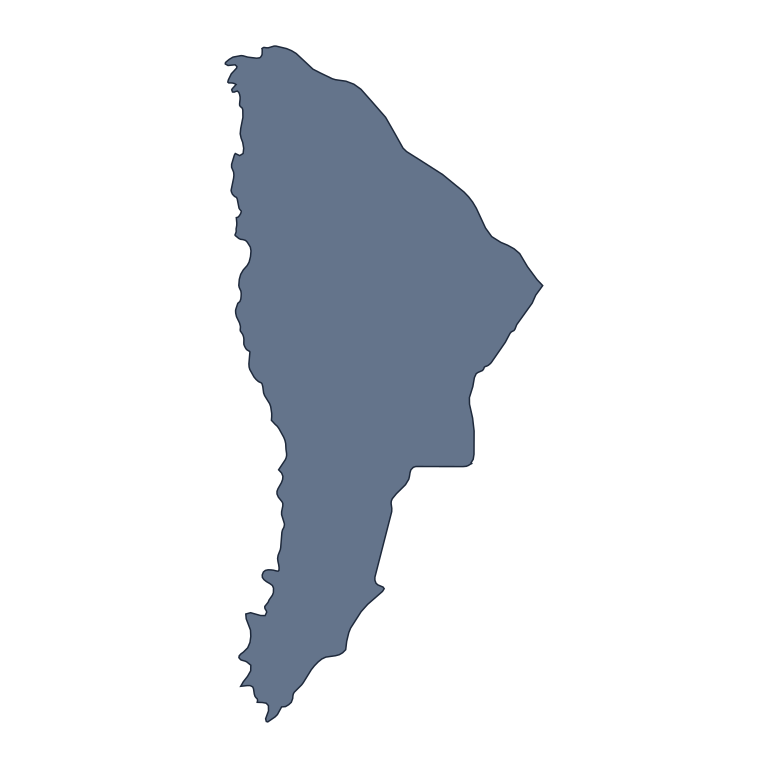 Afar, Albers equal-area conic projection
{"feature_id": "ETH-3111", "entity_name": "Afar", "entity_type": "Administrative State", "adm_level": 1, "iso_a3": "ETH", "parent_name": "Ethiopia", "parent_adm1": "", "projection": "albers", "projection_center": [40.326, 11.654], "detail": "fine", "context": "isolated", "style": "filled", "palette": "slate", "viewbox_px": 768, "rotation_deg": 0, "n_neighbors": 0, "source": "natural_earth", "source_scale": "10m", "svg_char_len": 4467}
<svg xmlns="http://www.w3.org/2000/svg" viewBox="0 0 768 768"><path d="M495.7,356.2L491.2,362.7L489.9,364.0L488.3,365.3L486.7,366.1L485.3,366.5L484.3,367.2L483.7,368.9L482.5,370.5L477.9,372.5L476.2,373.7L474.4,377.6L472.8,386.7L469.4,397.6L469.5,404.2L472.6,418.0L474.1,431.0L474.0,454.2L473.2,459.3L471.1,462.7L471.8,463.5L471.7,463.6L470.5,464.1L468.5,465.4L466.3,466.3L462.9,466.6L415.8,466.5L413.3,467.3L410.9,469.8L410.0,472.8L409.5,476.1L408.8,479.2L405.5,484.7L396.4,493.7L392.3,498.7L391.3,501.1L391.1,503.4L391.8,508.4L391.7,511.7L374.9,577.2L374.9,580.2L376.0,583.2L377.9,584.9L383.1,587.1L384.2,588.7L382.5,591.4L367.6,604.4L361.1,611.7L350.6,628.1L348.8,632.6L346.7,641.3L345.7,649.7L342.6,652.8L339.3,654.7L335.6,655.7L325.8,657.1L321.8,659.0L318.2,661.9L314.4,665.8L311.3,669.7L303.2,682.8L301.6,684.9L294.2,692.3L293.3,694.0L292.9,695.9L292.7,698.5L291.3,702.3L288.7,704.7L285.5,706.6L281.6,706.9L277.4,714.6L275.1,716.9L267.8,721.9L266.3,721.5L265.6,718.8L268.5,710.9L268.4,705.6L266.2,703.2L262.4,702.5L257.2,702.3L257.6,700.1L257.1,698.7L256.0,697.7L255.0,696.3L254.3,694.1L253.5,688.8L252.7,686.9L250.2,685.6L247.0,685.6L240.7,686.3L243.4,681.6L247.5,676.4L250.7,670.8L250.8,665.2L246.6,661.8L245.0,661.1L241.8,660.2L240.6,659.7L238.9,657.7L239.2,655.8L240.9,653.9L243.4,652.1L247.7,647.8L250.0,642.4L250.8,636.4L250.5,630.1L246.2,618.8L245.8,614.0L250.6,612.7L260.5,615.5L265.1,615.6L266.7,612.2L266.3,610.7L265.4,609.4L264.8,608.0L264.8,606.4L268.1,602.3L269.1,599.9L272.4,595.2L273.4,592.6L273.5,588.1L272.4,585.5L270.0,583.7L266.4,581.6L263.9,579.6L262.4,577.5L262.2,575.0L263.4,572.0L265.4,570.4L268.1,569.8L271.1,569.9L273.5,570.2L276.3,570.9L278.0,571.2L278.9,570.4L279.1,568.0L278.7,564.8L278.0,561.7L277.6,558.5L278.1,555.3L280.3,549.7L280.7,547.5L281.9,532.3L282.5,529.9L283.9,527.3L284.4,525.0L284.4,524.1L284.3,523.4L281.6,514.7L281.6,511.8L282.8,505.9L282.8,503.3L282.0,501.7L278.4,497.2L277.0,494.0L277.0,491.3L278.0,488.7L281.4,482.7L282.6,479.5L282.9,476.3L281.6,473.0L278.6,469.8L285.3,459.7L286.1,457.9L286.6,455.8L286.6,453.6L286.0,449.4L285.7,443.7L285.0,440.5L283.8,437.4L279.0,428.7L277.3,426.3L275.1,424.3L271.4,420.3L271.7,416.8L271.7,413.3L270.7,406.7L269.7,403.8L264.6,395.6L263.6,392.9L262.8,386.7L262.1,384.1L261.7,383.3L261.1,382.8L258.5,381.6L256.1,379.5L254.0,377.0L249.8,369.5L249.1,367.0L248.9,363.8L249.9,352.1L249.7,351.5L246.9,349.8L246.0,348.8L245.4,347.8L244.6,346.3L243.9,344.5L243.8,342.9L243.9,339.4L243.7,337.5L243.2,335.7L242.5,334.1L240.3,330.9L240.2,329.4L240.4,327.9L240.4,326.2L239.5,322.9L236.5,316.7L235.7,313.2L235.6,311.5L235.6,310.2L235.9,309.0L237.8,303.3L239.9,301.5L240.8,299.1L241.1,296.3L241.2,293.5L240.9,291.1L239.2,287.4L238.8,285.4L239.3,279.3L240.7,274.3L243.3,269.9L247.2,265.5L249.1,262.1L250.5,256.6L251.0,250.9L250.3,247.0L247.3,242.2L245.5,240.4L243.0,239.6L240.5,239.3L238.7,238.4L235.2,235.5L235.0,234.9L235.8,232.9L236.2,231.6L236.1,228.9L236.7,225.6L236.8,223.2L236.3,217.6L237.8,217.3L239.3,215.8L240.6,213.7L241.3,211.6L241.1,210.9L239.7,209.3L239.0,208.1L237.2,198.9L236.5,197.5L236.1,197.2L235.0,196.7L234.3,196.2L232.5,194.3L232.2,193.7L231.4,191.8L231.1,190.3L233.6,178.1L233.9,175.2L233.6,172.1L231.6,167.3L231.6,164.3L234.4,155.0L235.3,153.5L239.7,155.6L243.1,153.5L243.7,148.3L242.7,142.4L241.1,138.1L240.2,133.8L240.7,128.6L242.9,117.4L242.8,110.4L242.7,109.7L242.5,108.9L242.0,107.9L240.3,106.5L239.6,105.2L239.6,103.5L240.1,99.1L240.1,97.0L239.6,94.5L238.8,92.4L237.4,91.1L236.0,91.4L234.2,92.1L232.5,92.0L231.7,89.8L232.2,88.8L236.1,84.5L234.3,83.5L232.3,83.0L230.4,82.9L228.7,82.9L227.8,82.1L228.3,80.0L231.3,73.8L236.6,68.1L236.9,66.5L235.1,64.8L228.0,65.5L225.3,64.0L225.3,63.0L226.1,61.9L229.3,59.3L233.0,57.1L241.1,55.6L243.1,55.8L247.7,57.1L256.6,58.2L259.7,57.8L260.0,57.6L260.4,57.3L261.2,56.3L262.0,54.7L262.1,54.3L262.2,51.2L262.2,49.6L261.9,48.6L263.0,47.8L263.9,47.4L266.6,47.8L268.3,47.8L274.0,46.1L276.1,46.1L286.6,48.6L291.6,50.7L296.2,53.5L305.1,61.8L313.0,69.2L319.8,72.7L332.2,78.7L335.5,79.7L346.0,81.2L353.9,84.2L361.0,89.3L373.3,103.2L385.6,117.3L394.8,133.4L403.0,148.1L406.6,151.6L422.4,161.6L442.7,174.6L455.0,184.7L464.0,192.0L468.6,196.8L472.6,202.0L476.3,208.2L485.5,228.0L491.7,236.6L500.9,242.4L507.6,245.2L514.1,248.8L519.7,253.6L527.5,266.7L537.1,279.7L542.7,285.6L535.7,295.2L532.2,303.1L516.7,324.7L515.0,329.1L514.0,330.5L511.3,331.9L510.0,333.4L505.3,342.3L495.7,356.2Z" fill="#64748b" stroke="#1e293b" stroke-width="1.5"/></svg>